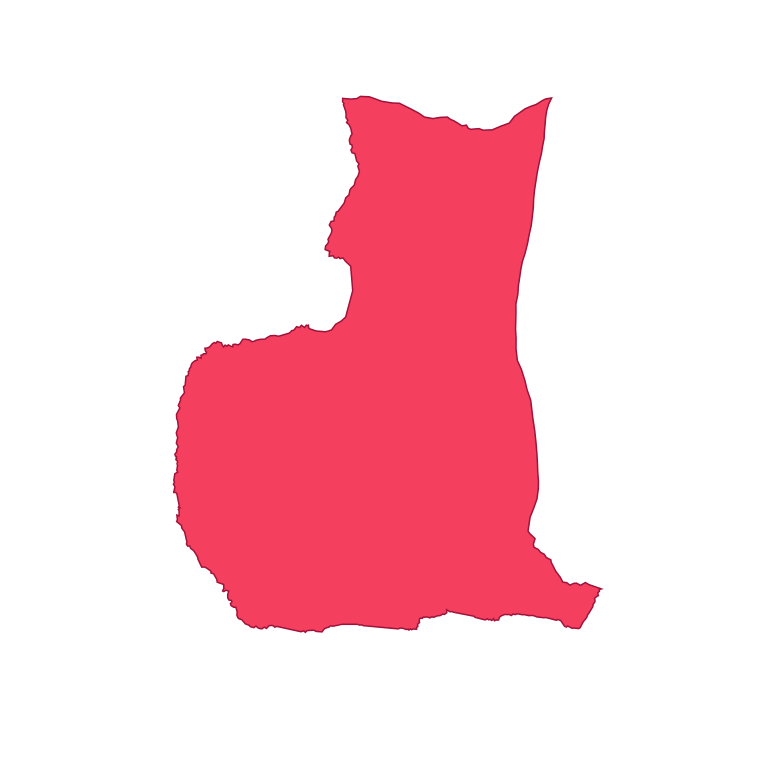 the district of Luba, Bioko Sur, Equatorial Guinea, rotated 345°
{"feature_id": "11065452B69220194361963", "entity_name": "Luba", "entity_type": "district", "adm_level": 2, "iso_a3": "GNQ", "parent_name": "Equatorial Guinea", "parent_adm1": "Bioko Sur", "projection": "mercator", "projection_center": [8.565, 3.411], "detail": "fine", "context": "isolated", "style": "filled", "palette": "rose", "viewbox_px": 768, "rotation_deg": 345, "n_neighbors": 0, "source": "geoboundaries", "source_scale": "gbopen_adm2", "svg_char_len": 5640}
<svg xmlns="http://www.w3.org/2000/svg" viewBox="0 0 768 768"><g transform="rotate(345 384 384)"><path d="M418.0,97.4L417.1,100.5L417.9,102.7L417.1,103.7L417.6,110.8L417.1,114.0L416.2,116.8L417.3,119.8L415.5,121.8L417.2,124.2L418.1,128.1L417.8,134.4L416.1,135.7L413.6,139.4L413.3,143.5L414.8,144.6L414.7,147.2L412.6,149.5L413.0,152.4L415.5,153.9L415.3,161.5L416.8,164.9L415.1,166.9L415.3,172.2L412.8,176.3L409.5,179.2L406.7,184.3L403.0,186.3L401.4,187.6L399.1,192.3L395.2,194.3L392.3,199.0L384.3,205.3L382.4,205.6L380.4,209.1L379.1,210.0L377.9,213.5L374.9,213.3L372.3,216.3L373.6,220.1L373.3,222.6L371.9,224.9L367.3,229.8L367.4,232.0L366.1,233.7L363.3,235.6L361.9,238.9L366.0,241.9L365.3,242.7L364.1,246.4L368.1,247.0L368.8,249.4L371.1,250.2L373.0,249.7L374.0,251.5L377.1,251.7L378.6,255.6L382.3,261.5L379.4,277.7L377.9,285.8L364.3,309.4L358.9,312.2L352.8,313.8L347.4,318.1L343.8,318.5L340.7,318.3L332.1,315.2L326.3,311.3L325.8,309.8L326.2,307.6L325.1,307.6L324.2,307.1L321.9,308.8L319.4,305.9L317.0,307.6L314.4,306.0L310.7,308.8L308.8,308.5L305.9,310.3L294.6,310.6L291.2,308.9L286.8,308.0L283.0,308.9L280.6,309.9L276.0,308.8L271.4,308.6L270.2,309.1L267.5,309.0L265.4,306.6L261.9,304.9L259.3,304.2L255.1,307.9L253.1,308.4L250.5,307.0L248.4,306.8L247.5,308.8L246.0,308.0L243.7,305.9L242.0,306.8L240.6,305.3L238.6,306.7L237.7,303.8L237.7,302.2L233.9,299.8L232.0,301.1L230.7,300.0L228.3,300.8L225.3,303.0L222.4,303.5L220.3,303.1L220.0,305.7L220.7,307.4L220.1,308.6L217.3,308.1L216.4,308.9L214.7,308.8L214.1,311.7L211.9,310.1L210.1,309.7L209.8,312.6L207.4,312.6L204.2,314.0L202.6,315.8L201.8,317.6L200.1,318.7L199.3,320.8L198.0,321.5L198.1,322.9L196.8,325.1L194.7,325.3L191.6,333.7L189.6,334.7L189.0,340.8L183.8,344.8L183.2,347.1L179.7,351.6L180.7,354.2L175.7,359.6L174.8,363.7L175.1,365.9L174.3,372.2L170.7,377.5L170.6,379.7L170.9,382.3L168.1,387.3L169.0,391.2L166.6,394.1L166.2,395.9L163.9,397.6L163.8,399.4L164.8,400.6L164.0,401.6L164.4,402.4L163.4,403.2L164.4,404.7L164.4,405.8L163.5,407.3L163.4,409.4L161.5,413.8L161.9,415.7L158.7,416.6L156.0,422.7L156.2,424.7L154.6,426.3L155.3,428.4L155.2,430.2L154.1,431.5L154.3,432.3L153.0,433.3L152.9,434.4L154.8,434.9L155.5,436.3L154.7,448.7L153.5,449.7L154.9,451.0L152.9,451.8L153.2,453.8L151.8,458.5L150.0,457.0L149.3,461.6L148.1,463.2L151.7,468.2L151.4,470.9L153.1,475.2L152.7,485.9L151.7,487.4L152.4,489.8L154.4,490.1L154.7,492.8L156.2,494.6L157.4,496.6L159.1,502.6L159.0,505.3L160.5,513.7L163.0,514.3L164.5,515.3L167.8,519.3L168.5,520.7L167.9,521.7L170.3,523.3L171.9,529.5L171.6,532.3L177.2,536.1L176.4,539.9L174.5,542.1L175.5,543.0L178.1,542.3L180.4,543.9L178.5,546.9L177.7,550.3L178.4,552.7L180.6,553.6L180.7,555.2L178.8,556.4L178.9,558.5L181.0,560.7L183.1,561.3L183.2,566.0L182.1,569.2L182.3,571.8L183.2,573.3L185.6,574.8L188.0,579.8L191.1,582.0L192.1,583.8L195.3,585.7L197.7,584.7L199.1,586.9L200.4,587.9L202.7,588.9L205.4,587.9L207.2,589.7L210.5,587.7L213.0,588.1L214.8,589.1L215.3,590.5L217.9,590.5L239.7,601.8L242.7,601.7L243.7,603.5L246.0,602.3L252.6,603.7L254.3,605.4L260.0,607.4L263.0,605.0L265.5,604.6L267.8,604.7L269.4,603.7L272.3,604.8L275.1,604.9L275.7,605.0L278.7,605.1L281.0,605.2L285.2,606.3L285.6,606.4L296.3,609.3L298.1,610.6L300.3,610.9L301.3,612.0L334.3,624.2L336.6,624.0L338.5,624.6L342.3,627.0L343.9,627.0L344.4,628.1L346.1,627.4L347.1,628.5L348.7,628.2L352.0,629.3L352.6,627.3L353.9,627.1L354.3,624.7L356.6,623.6L356.7,622.1L357.6,620.0L358.7,619.6L360.5,620.3L361.6,619.3L363.4,619.9L365.7,620.2L367.7,621.8L370.1,621.2L371.4,622.2L375.1,621.8L378.5,622.2L381.2,621.4L382.8,622.2L385.4,621.2L386.1,618.3L388.8,621.1L390.7,621.4L392.2,622.5L410.8,631.6L411.6,633.0L420.7,638.1L423.1,637.5L424.0,638.8L425.9,639.0L426.6,640.2L428.0,639.9L429.1,639.1L429.1,640.2L429.5,641.3L431.6,641.0L432.2,641.4L433.7,641.6L434.5,640.1L435.6,639.0L437.3,638.3L440.2,637.9L441.9,638.1L442.8,638.5L445.3,639.1L447.2,640.6L449.1,639.6L451.1,640.7L453.4,640.5L457.9,642.7L459.9,643.1L463.8,645.2L467.3,645.9L469.8,647.3L471.1,648.4L477.7,651.1L480.0,651.5L489.5,656.9L490.8,656.4L493.4,658.1L495.7,664.7L497.2,666.0L498.8,665.3L502.4,668.6L504.4,668.9L508.6,670.6L510.2,670.3L515.3,664.9L517.5,663.5L519.6,661.7L521.1,659.5L522.4,658.6L528.0,653.2L529.0,650.9L531.4,649.0L531.9,647.0L531.8,645.6L534.7,644.2L536.3,643.9L536.4,641.0L538.4,640.0L538.8,638.2L540.9,638.2L529.9,630.7L527.1,627.9L521.7,629.3L518.4,626.2L515.7,625.7L511.5,626.4L509.1,623.2L505.4,621.6L504.3,616.4L501.4,609.1L499.3,599.2L499.7,597.1L495.9,593.6L494.7,589.9L491.7,587.2L490.2,583.8L486.7,580.6L486.8,577.4L489.9,572.5L488.0,569.3L486.0,566.1L485.1,563.2L490.7,550.4L496.4,542.8L502.0,534.6L505.9,525.3L508.0,518.1L509.7,509.0L511.8,499.9L513.9,489.6L515.7,479.6L517.6,467.5L518.9,455.7L520.5,444.6L521.5,437.7L520.7,426.5L521.0,417.6L520.5,405.6L518.9,395.8L520.7,383.8L523.4,374.1L525.2,365.3L527.8,356.5L530.0,349.0L532.1,340.9L536.6,331.8L539.2,324.0L543.1,315.1L546.3,307.7L549.5,301.3L553.9,294.6L559.2,285.1L562.6,277.9L567.2,269.1L570.9,259.9L574.0,251.9L576.3,244.4L579.5,235.9L583.0,227.9L586.9,219.1L591.6,209.7L595.9,201.8L598.7,195.4L602.2,188.3L604.0,182.5L607.2,173.8L609.3,167.9L612.2,161.5L615.4,156.4L619.9,151.1L614.0,150.5L610.4,151.2L603.2,153.4L597.4,153.8L591.2,154.8L579.2,159.3L572.6,164.4L563.5,165.2L554.3,166.5L545.5,164.5L541.8,161.9L533.5,160.4L531.5,158.7L530.6,155.3L526.1,154.8L523.1,151.5L519.8,148.0L516.6,145.5L514.4,142.6L507.3,141.0L500.0,140.3L492.1,136.6L487.6,131.3L481.8,125.9L475.7,120.5L471.5,116.8L464.7,114.7L454.9,110.3L449.4,106.4L444.2,102.8L435.7,100.1L431.7,101.3L425.7,100.2L419.3,97.9L418.0,97.4Z" fill="#f43f5e" stroke="#9f1239" stroke-width="1.5"/></g></svg>